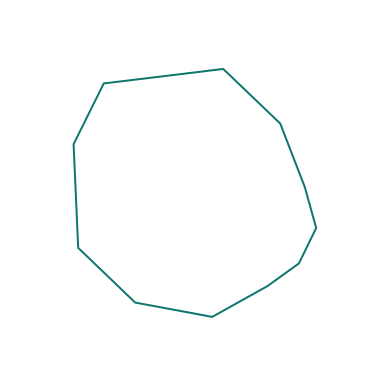 Kumho, Hamgyŏng-namdo, North Korea (orthographic projection), rotated 296°
{"feature_id": "82179303B22742196001734", "entity_name": "Kumho", "entity_type": "district", "adm_level": 2, "iso_a3": "PRK", "parent_name": "North Korea", "parent_adm1": "Hamgyŏng-namdo", "projection": "orthographic", "projection_center": [128.38, 40.117], "detail": "fine", "context": "isolated", "style": "outline", "palette": "teal", "viewbox_px": 384, "rotation_deg": 296, "n_neighbors": 0, "source": "geoboundaries", "source_scale": "gbopen_adm2", "svg_char_len": 305}
<svg xmlns="http://www.w3.org/2000/svg" viewBox="0 0 384 384"><g transform="rotate(296 192 192)"><path d="M214.1,319.4L245.9,291.2L292.2,241.3L316.3,166.1L250.9,65.1L183.1,64.6L91.9,114.2L67.7,189.4L88.6,264.9L140.6,301.1L174.7,319.4L214.1,319.4Z" fill="none" stroke="#0f766e" stroke-width="2"/></g></svg>